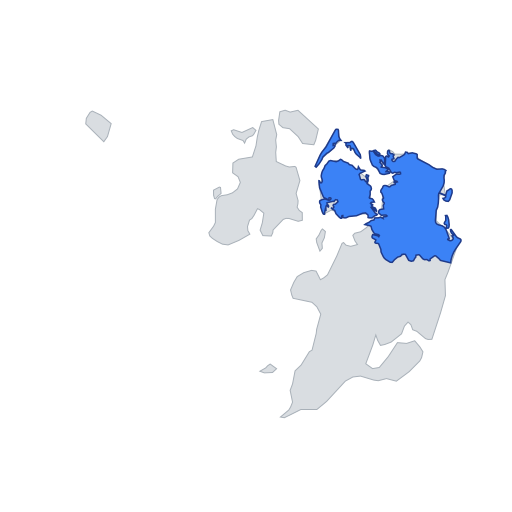 Syddanmark on a map of Denmark (Albers equal-area conic projection), rotated 193°
{"feature_id": "DNK-3417", "entity_name": "Syddanmark", "entity_type": "Region", "adm_level": 1, "iso_a3": "DNK", "parent_name": "Denmark", "parent_adm1": "", "projection": "albers", "projection_center": [9.703, 55.339], "detail": "fine", "context": "in_parent", "style": "filled", "palette": "blue", "viewbox_px": 512, "rotation_deg": 193, "n_neighbors": 0, "source": "natural_earth", "source_scale": "10m", "svg_char_len": 9682}
<svg xmlns="http://www.w3.org/2000/svg" viewBox="0 0 512 512"><g transform="rotate(193 256 256)"><path d="M150.7,389.4L149.9,389.4L146.3,388.5L143.7,386.5L137.1,387.9L128.3,391.2L123.4,391.0L119.5,387.4L103.7,382.2L101.1,381.7L90.6,381.4L90.2,373.3L89.0,367.4L85.5,358.7L91.0,356.7L90.2,339.8L88.4,331.0L73.5,321.7L61.9,312.7L65.3,283.4L66.6,275.5L62.5,260.0L63.4,242.3L65.9,214.4L69.5,213.4L72.2,213.6L82.4,218.8L86.7,219.4L89.6,223.9L93.0,225.8L95.6,221.1L96.7,212.9L105.0,202.5L110.7,198.7L114.6,196.9L118.5,201.2L121.5,206.0L122.2,195.5L124.8,175.7L117.1,172.5L110.8,175.1L104.5,187.7L98.7,203.4L89.6,204.7L82.3,209.1L75.9,204.3L71.8,200.2L71.8,194.2L72.8,190.6L80.7,177.8L91.1,165.6L101.3,165.9L108.8,162.0L113.3,161.6L127.2,162.5L134.4,159.9L140.8,154.2L154.5,130.2L162.2,120.1L177.8,116.5L192.0,104.8L196.0,104.6L189.4,113.3L188.3,116.7L187.5,121.8L192.5,132.8L191.6,139.6L192.1,152.9L187.5,159.9L182.5,174.7L180.2,176.9L179.9,194.1L180.4,198.2L179.8,213.9L185.3,220.2L191.1,223.5L210.3,223.1L212.3,225.9L214.7,230.7L213.2,239.0L211.2,245.2L205.7,250.5L198.6,254.5L194.1,254.8L187.9,247.4L185.1,249.9L182.1,253.7L177.3,274.0L175.0,287.7L173.7,288.8L170.8,286.8L165.9,286.7L159.7,290.0L162.9,292.9L166.3,297.9L164.9,300.4L159.4,303.2L154.6,308.7L152.5,312.9L146.3,317.9L142.5,324.1L144.4,331.9L145.2,338.8L146.9,346.3L145.3,352.3L137.6,361.0L134.7,368.5L141.3,368.4L145.4,370.1L147.8,372.3L150.3,375.5L148.8,379.3L150.7,389.4ZM306.1,292.4L306.6,302.2L305.3,305.1L303.3,307.0L297.8,309.2L293.2,312.2L289.1,317.2L287.8,324.2L291.3,329.2L297.5,331.8L299.4,341.4L294.6,346.4L281.8,351.7L280.8,363.3L281.5,372.4L281.5,379.0L280.8,388.2L270.3,392.7L263.1,378.9L262.9,373.4L260.7,366.9L260.1,361.4L257.5,352.6L247.5,350.4L243.6,350.2L238.3,352.0L236.9,351.4L230.2,339.4L231.0,326.0L227.4,319.3L226.9,316.2L226.9,312.8L224.1,310.1L220.7,308.7L218.9,301.2L222.7,299.3L232.4,300.0L235.2,299.4L237.7,297.8L245.2,285.2L244.9,282.5L245.6,278.9L253.9,277.4L257.8,282.1L257.3,289.7L258.0,299.5L263.2,302.1L265.2,302.4L267.1,295.1L268.5,291.5L270.4,289.5L270.9,282.8L269.6,278.8L266.9,275.9L276.1,267.4L285.7,260.5L291.4,260.0L297.1,261.4L302.5,263.4L305.5,265.1L307.2,268.1L304.0,275.5L303.1,279.5L306.1,292.4ZM200.6,312.4L203.0,317.5L206.0,328.3L210.7,340.4L208.9,345.5L210.3,352.0L209.1,358.8L200.2,366.9L190.1,367.4L179.5,363.6L164.6,356.4L163.4,352.2L161.3,350.0L157.3,337.4L157.4,322.0L164.7,320.0L180.8,312.5L184.6,313.6L188.5,317.4L193.0,317.6L199.4,312.1L200.6,312.4ZM241.8,381.8L251.9,387.6L258.7,387.1L263.3,389.5L264.5,393.3L265.2,401.9L260.4,404.6L255.1,403.9L247.9,407.4L223.8,393.8L223.9,382.0L224.7,377.4L235.9,376.1L241.8,381.8ZM450.0,358.6L448.1,360.4L438.6,358.3L426.9,352.4L427.6,339.0L430.0,333.1L451.6,346.4L452.3,352.0L450.0,358.6ZM206.8,396.3L204.3,396.9L200.8,389.0L200.3,386.5L204.2,381.4L206.7,375.6L213.2,366.7L216.9,356.3L218.3,356.5L216.8,365.7L208.5,391.5L206.8,396.3ZM168.8,383.4L162.9,384.8L159.9,382.4L154.4,381.5L152.5,366.5L153.0,365.6L155.8,366.6L165.2,373.6L168.6,381.3L168.8,383.4ZM308.3,372.4L306.2,374.0L297.5,373.2L288.1,380.4L284.3,378.4L285.6,374.0L286.5,372.4L289.7,370.4L291.8,367.7L292.5,363.4L294.6,365.6L300.6,366.3L303.6,367.6L306.1,369.4L308.3,372.4ZM198.3,295.5L197.4,297.3L193.9,295.5L193.5,289.2L194.7,283.5L193.1,278.4L194.8,275.1L199.8,282.7L201.2,286.2L199.4,290.5L198.3,295.5ZM220.0,151.6L217.9,153.9L210.6,150.8L213.7,146.2L221.6,144.0L226.3,144.6L221.3,149.2L220.0,151.6ZM192.6,387.0L188.8,388.0L184.5,386.0L177.4,378.0L176.5,375.9L180.2,377.2L184.8,381.4L188.6,382.2L193.7,385.7L192.6,387.0ZM312.2,310.6L307.2,314.9L306.0,314.8L304.1,309.1L306.7,305.6L308.2,302.6L309.3,302.6L311.0,305.7L312.2,310.6Z" fill="#d9dde1" stroke="#a8b0b8" stroke-width="1"/><path d="M126.9,391.7L122.8,391.6L121.8,391.2L121.0,387.7L120.1,386.9L108.1,383.9L103.8,382.1L99.3,381.2L94.1,382.8L92.0,382.7L90.1,382.0L90.6,380.4L90.1,379.7L90.9,377.0L90.5,374.5L89.6,372.1L89.2,369.6L89.4,366.4L91.6,358.9L85.0,357.8L84.8,358.6L84.6,362.4L84.2,362.9L83.7,363.0L82.2,364.9L81.3,365.4L80.4,365.1L79.7,364.1L79.1,361.6L79.9,354.4L80.9,352.5L83.3,352.2L85.6,352.9L86.8,354.2L85.4,354.8L84.4,356.1L84.6,357.2L90.9,358.5L92.0,358.1L91.9,356.2L91.0,352.9L90.3,348.7L90.0,344.5L90.7,341.2L89.2,331.0L88.5,329.1L87.1,327.9L85.1,327.4L81.4,327.3L78.8,326.4L76.6,324.2L71.7,316.6L71.8,315.9L72.9,315.7L72.9,315.1L70.6,314.5L69.4,314.8L68.4,315.6L67.7,317.0L67.9,317.9L69.5,319.7L68.6,320.0L67.9,321.0L69.2,321.3L70.7,322.3L71.9,323.8L72.4,325.5L71.7,325.7L65.2,320.0L63.8,319.2L60.6,318.5L59.8,317.7L59.7,316.2L63.0,307.9L64.2,304.2L64.9,300.2L65.1,296.2L64.8,293.1L75.3,293.2L77.0,294.5L81.0,296.6L82.0,296.4L85.5,292.5L85.7,292.1L85.3,290.8L86.4,290.2L88.7,291.0L91.1,290.3L92.9,290.8L96.7,293.6L97.6,293.9L100.3,292.8L100.1,290.6L100.7,289.7L101.5,286.8L103.5,285.8L106.2,286.1L110.8,291.2L112.7,291.0L113.3,290.4L114.0,290.5L114.5,289.3L115.2,288.2L117.7,286.8L120.2,283.6L121.8,280.5L123.8,280.1L128.9,281.8L130.7,282.9L132.0,284.2L134.8,287.7L135.2,288.4L135.8,290.5L139.2,295.4L140.0,295.7L142.0,295.4L143.0,295.7L143.3,296.2L142.8,298.0L142.9,298.7L146.5,299.7L147.1,300.3L147.4,301.2L147.1,303.1L142.0,303.1L140.7,302.4L140.4,303.8L141.5,304.4L145.5,304.4L146.2,304.9L149.0,307.8L150.6,310.8L151.7,311.1L157.0,311.1L156.1,312.2L153.2,314.5L151.7,316.5L149.2,317.6L149.0,319.4L148.9,319.8L145.4,320.7L143.3,321.8L140.7,321.2L141.1,321.8L140.3,323.0L138.2,323.6L137.3,324.5L138.3,325.1L139.3,325.0L143.1,323.9L146.3,325.6L146.5,326.7L146.3,328.1L145.6,329.2L142.2,330.6L143.4,333.9L142.9,335.9L143.0,336.6L144.1,337.3L145.4,338.8L145.6,339.8L144.8,340.6L144.8,341.3L147.5,345.5L148.8,346.4L149.1,348.0L148.8,349.2L148.1,350.7L147.9,352.3L147.6,353.0L146.9,353.5L145.2,353.9L142.0,353.3L141.2,353.5L139.9,355.3L136.5,357.1L136.5,357.9L137.0,358.6L138.0,358.6L138.0,359.3L136.3,359.2L134.9,360.0L135.4,360.5L137.8,360.6L138.5,361.0L140.6,364.0L138.2,366.8L137.2,367.4L134.6,367.9L133.6,368.6L134.1,370.0L134.8,370.1L137.9,368.8L139.8,368.8L141.1,367.6L141.8,367.4L143.0,367.9L146.4,371.4L149.5,372.2L150.2,372.8L150.6,374.2L152.0,382.1L151.4,382.8L149.1,382.3L148.7,383.5L150.0,384.1L151.0,385.4L151.3,387.4L151.1,388.4L150.2,388.8L149.6,388.4L148.8,386.6L148.3,386.1L145.9,386.3L144.2,385.5L144.7,384.7L144.8,384.1L143.4,381.8L145.3,380.8L145.0,379.7L143.7,378.9L142.1,379.4L141.1,382.0L139.8,384.1L138.5,384.1L134.8,387.6L134.0,388.8L133.7,390.9L131.9,391.0L130.7,390.0L126.9,391.7ZM204.8,365.8L199.1,365.9L197.1,367.2L195.4,369.2L194.2,369.0L192.0,367.8L187.0,367.2L185.6,366.0L182.8,366.0L178.4,363.2L176.7,363.1L176.3,363.8L176.3,366.0L174.1,363.8L173.2,363.3L169.9,363.8L168.9,363.3L173.2,360.0L173.9,358.6L173.0,357.2L171.5,354.3L170.5,353.9L168.3,354.7L167.4,354.6L166.1,353.3L165.4,353.0L164.7,353.9L164.9,355.4L166.9,358.4L166.7,360.0L164.4,359.8L164.3,358.6L164.7,358.3L164.6,357.5L163.8,355.3L163.7,354.3L164.1,352.3L164.1,351.5L160.3,350.0L159.6,349.4L158.7,347.6L158.7,346.4L159.4,344.9L158.6,341.6L158.7,338.2L158.2,337.8L155.7,337.9L154.2,336.9L152.8,335.2L155.7,334.3L156.3,333.2L153.2,331.9L155.1,331.9L154.5,330.8L153.5,330.1L150.5,329.5L148.7,327.2L148.7,326.6L150.2,327.2L153.3,329.6L154.7,329.2L149.2,324.4L147.2,323.9L147.6,322.9L149.5,321.8L151.5,319.2L154.5,318.6L155.5,318.7L155.7,320.1L156.2,321.2L158.9,322.6L161.8,321.6L167.2,317.8L174.4,315.4L176.8,313.5L178.1,313.1L180.1,313.0L180.5,315.0L181.3,314.7L181.4,314.0L181.2,312.0L182.0,311.8L183.7,312.6L187.6,315.2L189.6,318.1L192.1,318.8L193.8,319.9L192.0,319.6L191.4,320.1L191.1,321.3L192.1,322.3L192.3,322.9L192.0,323.7L190.4,324.3L188.3,327.3L189.3,328.9L191.2,328.8L192.3,326.6L192.9,326.8L198.8,323.9L198.4,322.5L197.1,321.8L196.4,320.9L196.6,320.0L197.3,320.3L198.3,321.5L199.0,320.4L198.8,318.9L197.9,315.5L199.0,316.8L199.0,315.2L198.6,312.1L199.7,312.0L201.3,313.8L204.0,318.2L204.3,320.4L205.9,322.1L206.3,323.5L206.2,324.3L204.1,325.9L201.5,327.1L197.7,326.7L196.8,327.0L196.1,327.6L195.8,328.8L196.3,329.4L197.2,329.4L198.0,328.9L197.7,328.1L198.1,327.1L203.0,328.2L203.8,328.9L209.4,336.8L211.2,341.9L211.6,343.5L211.2,343.5L210.5,342.4L209.5,341.8L208.6,342.1L208.2,343.8L208.5,345.0L210.0,347.4L210.5,348.8L210.6,350.9L210.5,352.9L210.2,354.5L209.4,356.5L209.0,359.7L207.7,361.6L206.3,364.9L204.8,365.8ZM165.9,374.7L166.8,376.2L169.0,383.0L169.0,383.9L166.6,384.1L163.6,386.0L162.7,385.7L161.8,384.9L159.2,384.1L158.3,383.5L158.3,382.8L159.8,382.0L164.9,384.8L164.9,384.1L162.2,381.7L159.6,380.8L158.5,381.0L157.1,382.1L154.9,382.0L153.0,380.5L151.9,377.9L152.1,374.7L151.7,374.7L151.7,374.1L153.0,375.0L155.6,377.7L156.8,377.4L155.9,375.7L156.4,375.2L153.7,373.1L153.3,372.3L154.0,371.4L154.0,370.7L149.6,371.1L147.0,370.3L146.7,369.4L148.0,368.2L148.3,367.4L145.4,368.0L144.5,367.4L144.5,366.7L149.4,364.3L151.4,364.0L153.7,364.4L157.0,368.4L158.8,369.4L161.3,369.8L163.1,370.8L165.9,374.7ZM213.1,367.5L213.5,364.8L215.3,359.9L217.4,356.1L218.6,356.7L216.2,368.8L215.2,372.0L212.3,378.0L207.2,396.1L206.7,397.3L205.9,397.7L204.5,397.8L203.9,396.9L202.3,391.2L200.9,389.2L199.2,387.8L201.4,387.3L203.0,385.0L203.8,382.9L204.6,383.6L206.1,383.0L205.7,381.0L204.7,381.6L203.7,381.0L204.5,378.7L208.7,373.2L210.0,372.2L213.1,367.5ZM190.6,381.9L193.4,384.3L193.4,385.9L194.5,386.5L190.1,387.6L188.9,389.0L188.2,389.3L186.9,388.7L177.2,378.2L176.3,376.0L175.9,374.4L176.7,375.4L181.5,378.0L182.9,379.3L185.0,382.3L185.8,382.6L187.3,382.4L187.6,381.6L187.2,379.9L188.0,381.1L188.7,384.0L189.3,384.6L191.3,384.4L191.4,383.6L190.6,381.9ZM80.5,338.0L79.1,338.5L77.7,336.9L76.4,334.5L74.8,329.9L74.5,327.7L75.0,326.4L76.9,325.9L77.1,328.8L78.0,329.3L79.1,329.2L79.9,330.0L79.9,331.1L79.1,333.3L80.0,337.2L80.5,338.0Z" fill="#3b82f6" stroke="#1e3a8a" stroke-width="1.5"/></g></svg>